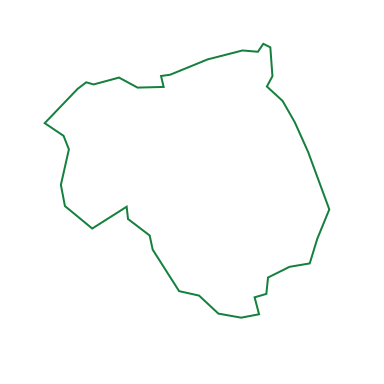 Grundy, Tennessee, United States of America (Natural Earth projection), rotated 72°
{"feature_id": "52423323B63648176328273", "entity_name": "Grundy", "entity_type": "district", "adm_level": 2, "iso_a3": "USA", "parent_name": "United States of America", "parent_adm1": "Tennessee", "projection": "natural_earth1", "projection_center": [-85.737, 35.373], "detail": "fine", "context": "isolated", "style": "outline", "palette": "green", "viewbox_px": 384, "rotation_deg": 72, "n_neighbors": 0, "source": "geoboundaries", "source_scale": "gbopen_adm2", "svg_char_len": 631}
<svg xmlns="http://www.w3.org/2000/svg" viewBox="0 0 384 384"><g transform="rotate(72 192 192)"><path d="M55.0,258.7L58.6,269.0L81.0,310.8L98.9,296.8L113.4,295.9L144.7,314.5L166.1,317.2L195.9,298.2L185.8,258.7L197.9,261.2L220.3,245.7L234.7,247.2L282.3,234.9L292.7,217.3L315.8,204.5L326.7,184.1L329.0,166.0L311.5,165.0L311.9,152.8L296.8,146.1L293.3,122.4L296.3,102.1L275.2,87.3L251.0,66.8L189.7,69.2L157.4,72.7L133.4,77.7L114.8,88.2L106.7,79.7L78.6,72.8L73.1,78.4L79.0,86.0L73.0,100.2L70.7,136.2L73.7,176.6L72.1,185.6L83.3,186.5L75.9,211.5L60.6,226.1L59.3,252.3L55.0,258.7Z" fill="none" stroke="#15803d" stroke-width="2"/></g></svg>